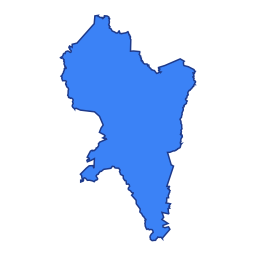 Del Nayar, Nayarit, Mexico (Mercator projection)
{"feature_id": "50627088B12787486609303", "entity_name": "Del Nayar", "entity_type": "district", "adm_level": 2, "iso_a3": "MEX", "parent_name": "Mexico", "parent_adm1": "Nayarit", "projection": "mercator", "projection_center": [-104.607, 22.056], "detail": "fine", "context": "isolated", "style": "filled", "palette": "blue", "viewbox_px": 256, "rotation_deg": 0, "n_neighbors": 0, "source": "geoboundaries", "source_scale": "gbopen_adm2", "svg_char_len": 5726}
<svg xmlns="http://www.w3.org/2000/svg" viewBox="0 0 256 256"><path d="M72.2,44.3L72.1,47.0L71.8,46.7L70.9,46.8L69.6,46.0L68.9,47.2L69.0,47.9L69.9,48.3L69.8,49.4L71.2,50.7L71.3,51.1L70.8,52.3L70.4,52.4L69.7,52.1L68.7,51.3L67.8,51.0L65.9,51.6L65.2,52.6L65.1,53.5L63.9,53.5L63.3,54.1L63.1,55.3L62.7,55.9L61.9,56.8L61.0,57.2L60.5,57.7L61.4,58.3L62.4,57.8L63.0,58.4L63.2,59.0L64.1,59.8L63.7,61.2L64.4,62.1L64.1,63.2L64.2,64.5L65.0,65.9L64.8,67.0L65.1,67.2L65.7,67.0L66.2,68.0L66.1,68.4L64.3,68.8L64.3,70.3L63.6,71.4L63.5,72.6L62.6,73.9L61.9,75.6L61.0,76.2L62.0,77.2L61.8,78.5L62.6,80.7L65.0,80.7L65.8,80.9L66.4,81.6L65.6,83.9L65.7,84.3L65.8,84.5L65.9,84.2L66.4,84.7L66.3,85.6L66.9,87.0L68.0,87.8L68.6,89.1L68.2,90.6L68.1,93.8L67.7,95.3L68.6,96.5L68.5,97.1L68.7,97.5L69.7,97.7L70.3,98.3L70.9,98.0L71.7,98.2L72.5,98.8L73.1,99.6L73.1,100.4L72.5,101.6L73.2,103.4L72.4,105.1L72.2,106.1L72.9,107.4L74.1,108.4L74.6,109.1L74.6,108.7L76.2,108.3L80.4,110.1L94.5,111.8L99.5,116.3L103.2,125.0L101.1,128.0L99.4,132.3L104.0,134.7L105.1,135.9L103.7,137.4L102.8,137.9L104.9,138.8L104.9,138.5L105.2,138.2L106.2,138.6L106.5,139.2L99.6,142.2L99.3,142.9L98.5,143.5L98.6,145.6L98.3,146.3L97.0,147.9L96.3,147.9L95.8,149.2L94.3,150.5L93.9,150.7L92.9,150.3L92.6,150.8L91.7,150.4L90.4,151.2L87.2,157.2L88.3,157.6L89.2,158.3L89.4,159.4L89.2,159.9L88.2,159.3L87.7,159.4L86.9,160.3L87.4,161.8L91.2,160.3L94.4,158.6L94.0,167.6L93.7,167.7L92.8,165.6L89.2,165.8L86.3,168.2L80.4,174.2L81.6,175.5L81.9,177.7L82.6,180.1L80.7,180.2L80.7,182.0L83.1,181.1L83.5,180.4L83.6,178.3L84.3,177.8L85.6,178.3L87.3,180.3L89.5,180.2L92.5,180.9L94.2,181.7L95.4,180.3L96.7,180.0L97.5,179.4L97.6,178.5L96.2,176.3L96.2,175.6L97.2,174.5L98.3,174.2L98.7,173.0L99.4,172.6L100.1,171.4L101.5,171.3L102.2,170.5L103.9,169.3L110.9,168.3L112.3,166.3L114.2,166.6L114.9,167.8L115.6,168.0L118.7,168.2L120.1,170.1L119.5,171.6L120.4,173.3L120.3,173.9L120.8,174.5L123.2,175.8L123.3,178.3L124.8,180.6L125.6,180.5L126.1,181.1L126.4,184.0L126.6,184.2L128.4,184.1L129.2,184.8L129.6,186.3L128.3,188.1L128.3,189.2L128.6,189.7L130.6,190.9L131.7,192.5L133.2,192.9L133.1,193.6L131.6,195.2L136.1,200.3L136.3,203.8L140.0,208.7L140.2,210.1L139.9,211.1L139.9,212.0L140.6,212.8L141.5,213.4L142.8,216.0L143.8,216.5L144.1,217.5L145.8,219.3L145.9,219.8L144.9,220.2L145.4,221.9L144.9,223.3L145.2,224.9L145.2,226.0L146.5,229.0L147.0,229.4L147.8,228.9L148.4,228.9L149.2,229.8L150.4,229.5L151.9,229.6L152.7,230.4L153.2,232.3L151.3,234.1L150.2,236.0L150.0,237.2L150.4,238.1L150.4,239.3L152.1,240.6L153.1,240.6L153.6,240.3L155.2,240.4L155.9,239.9L156.3,238.8L157.4,238.0L157.7,237.1L159.5,237.4L161.0,237.2L162.4,238.7L162.3,238.2L169.9,229.3L168.5,226.8L164.9,227.7L163.0,227.0L163.0,225.4L168.0,223.5L161.9,219.5L163.7,217.3L162.0,212.4L168.4,213.8L168.8,213.5L168.3,211.3L168.3,209.4L167.9,208.9L168.6,208.2L169.6,208.2L169.2,207.5L169.6,206.6L169.0,206.2L170.5,203.8L166.0,202.9L166.7,201.3L166.7,198.0L168.6,197.7L168.3,195.8L168.5,194.6L169.0,194.0L169.0,193.4L169.7,192.1L169.7,190.9L169.9,190.6L169.5,190.5L169.3,189.5L168.5,189.2L167.8,188.5L168.1,188.1L168.9,187.9L168.8,187.5L169.5,186.7L169.4,186.4L166.8,186.4L173.5,166.1L171.2,164.8L167.5,152.4L169.9,152.3L173.4,150.9L174.1,151.0L176.0,150.3L176.1,149.9L177.5,149.3L177.6,148.8L179.8,147.8L180.2,147.3L180.7,145.5L180.6,144.9L181.6,143.7L181.0,143.9L180.5,143.6L180.3,142.6L180.6,142.2L180.5,141.9L181.0,141.3L180.7,140.2L181.1,138.6L181.8,137.6L181.9,136.9L182.3,136.8L182.1,135.1L180.9,134.8L181.0,134.3L180.7,134.2L180.9,134.0L180.7,133.8L180.7,133.4L181.2,133.2L181.1,132.3L181.4,131.9L181.3,131.1L180.9,130.2L182.0,128.8L181.7,127.4L181.7,124.8L180.8,123.1L181.1,122.2L180.6,120.5L180.0,119.4L180.5,118.3L181.4,117.5L181.6,115.7L182.1,114.6L182.0,112.9L183.2,110.2L183.3,109.1L182.9,107.5L184.1,106.7L183.9,105.5L184.3,105.4L184.7,104.7L186.4,103.5L186.5,102.0L187.2,101.0L185.7,99.8L185.5,99.1L185.8,98.4L186.8,97.9L187.2,95.6L188.2,94.9L188.0,93.8L187.8,93.6L187.8,92.4L188.6,91.4L188.9,90.7L189.4,90.2L190.1,90.2L190.9,89.0L191.6,88.6L192.3,87.4L192.7,87.1L192.8,86.6L193.6,86.4L193.6,85.7L194.1,84.8L194.8,84.7L194.5,84.5L194.7,84.4L194.6,83.2L195.4,82.5L195.5,81.5L194.7,80.7L194.1,80.6L193.7,79.3L194.1,78.2L193.2,77.6L192.9,76.8L193.3,76.5L193.7,76.6L194.0,76.2L193.1,72.9L193.6,73.0L194.1,73.7L194.7,72.7L194.7,72.1L195.3,71.3L194.5,71.0L194.0,69.6L188.3,66.7L184.0,65.6L183.7,65.1L183.4,62.8L183.7,61.6L184.2,61.2L180.2,58.9L164.9,65.5L158.5,67.5L158.6,68.4L159.3,68.3L159.8,68.9L159.7,69.6L158.6,70.1L158.6,70.5L159.0,70.5L159.9,71.9L161.0,72.0L160.4,72.7L159.9,72.2L158.8,72.3L157.8,73.2L156.6,73.4L154.4,70.5L153.0,70.3L152.4,69.9L151.4,69.7L150.7,68.4L149.3,67.5L148.7,65.1L147.7,65.7L147.4,64.3L147.0,64.0L144.6,64.0L143.3,63.0L143.0,61.9L142.5,61.8L142.5,61.1L142.2,60.6L141.4,60.8L141.2,60.2L141.4,59.2L141.1,58.7L141.3,58.2L140.9,58.0L140.8,57.3L140.4,57.0L140.7,56.5L140.7,56.1L139.9,55.6L139.7,54.9L139.2,54.4L139.8,52.5L139.7,51.6L133.5,51.0L130.5,51.2L130.8,39.5L130.4,39.0L130.2,37.8L130.4,37.6L130.2,37.3L130.4,36.5L129.8,36.0L129.8,35.3L129.1,35.0L129.0,34.7L129.2,34.4L128.6,33.6L128.3,32.2L127.9,31.7L126.0,32.8L121.1,33.7L120.7,33.3L120.0,33.4L119.4,32.1L119.5,31.8L119.2,31.0L118.6,31.3L118.2,32.4L117.7,32.9L116.1,33.0L114.6,32.0L112.2,31.0L110.8,28.6L109.4,28.1L109.3,27.8L109.9,26.6L109.4,26.3L109.3,25.5L108.9,25.2L109.0,24.8L108.7,24.4L109.3,23.1L109.4,21.8L109.1,20.3L109.3,19.3L109.7,18.9L109.1,18.1L108.8,18.1L109.0,17.4L108.7,16.9L107.1,16.0L104.4,15.8L104.2,16.4L104.6,16.9L104.4,17.4L103.7,17.5L103.2,17.9L103.1,18.5L102.5,18.6L102.2,18.2L102.4,18.0L102.2,17.5L99.9,17.4L98.6,16.3L98.1,16.4L97.9,15.7L98.1,15.4L94.9,15.9L94.2,23.7L77.0,43.1L72.2,44.3Z" fill="#3b82f6" stroke="#1e3a8a" stroke-width="1.5"/></svg>